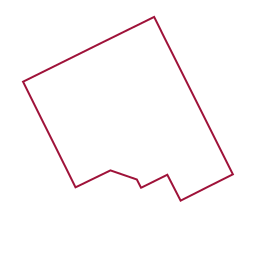 outline of Capital, La Pampa, Argentina, rotated 333°
{"feature_id": "61730980B66206062383215", "entity_name": "Capital", "entity_type": "district", "adm_level": 2, "iso_a3": "ARG", "parent_name": "Argentina", "parent_adm1": "La Pampa", "projection": "albers", "projection_center": [-64.236, -36.533], "detail": "fine", "context": "isolated", "style": "outline", "palette": "rose", "viewbox_px": 256, "rotation_deg": 333, "n_neighbors": 0, "source": "geoboundaries", "source_scale": "gbopen_adm2", "svg_char_len": 536}
<svg xmlns="http://www.w3.org/2000/svg" viewBox="0 0 256 256"><g transform="rotate(333 128 128)"><path d="M55.5,39.1L55.5,39.8L55.3,57.5L55.0,85.5L55.0,88.3L54.8,113.0L54.6,130.2L54.6,133.7L54.3,157.0L56.6,157.1L93.1,157.8L93.4,158.1L101.2,166.2L101.3,166.3L112.5,177.9L112.5,179.3L112.5,187.1L113.5,187.2L141.8,187.5L141.8,187.8L141.9,216.6L142.0,216.6L143.0,216.6L172.5,216.7L200.4,216.9L201.4,74.9L201.4,70.2L201.5,58.4L201.6,54.3L201.7,42.4L201.7,40.9L142.8,40.1L55.5,39.1Z" fill="none" stroke="#9f1239" stroke-width="2"/></g></svg>